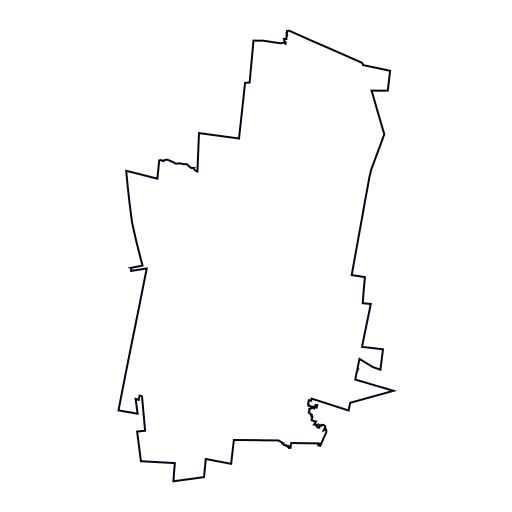 Cedral, San Luis Potosí, Mexico
{"feature_id": "50627088B34080095276274", "entity_name": "Cedral", "entity_type": "district", "adm_level": 2, "iso_a3": "MEX", "parent_name": "Mexico", "parent_adm1": "San Luis Potosí", "projection": "albers", "projection_center": [-100.648, 23.94], "detail": "fine", "context": "isolated", "style": "outline", "palette": "ink", "viewbox_px": 512, "rotation_deg": 0, "n_neighbors": 0, "source": "geoboundaries", "source_scale": "gbopen_adm2", "svg_char_len": 3668}
<svg xmlns="http://www.w3.org/2000/svg" viewBox="0 0 512 512"><path d="M308.4,39.3L289.2,30.7L287.0,31.0L287.1,32.6L286.9,33.0L286.7,32.8L286.4,33.4L286.9,34.0L287.0,34.1L286.8,34.9L287.2,35.5L286.9,35.9L286.5,35.9L286.4,39.0L283.9,38.9L284.6,41.7L285.8,42.3L285.5,43.8L283.9,42.6L281.2,43.2L279.9,43.2L263.3,40.7L253.4,40.6L252.9,47.2L249.6,82.6L245.1,82.8L239.0,138.5L199.0,133.1L197.4,171.5L196.4,171.2L195.3,170.3L194.1,169.3L193.8,168.5L194.1,167.9L191.5,168.0L190.6,167.5L189.0,166.3L188.0,165.4L187.3,164.4L186.5,164.1L185.6,164.2L182.9,164.1L181.5,163.7L179.7,163.3L178.2,163.5L175.8,163.7L175.3,163.5L173.7,162.4L167.7,159.8L166.0,159.8L164.5,160.1L164.3,160.2L164.1,160.7L163.9,160.9L163.6,161.1L163.0,161.1L162.6,160.9L161.6,160.2L161.1,160.1L160.4,160.2L159.8,160.4L159.2,160.4L157.4,178.7L126.2,170.8L127.7,186.4L129.4,201.8L132.0,222.3L136.5,242.2L142.5,265.6L130.7,267.9L131.3,268.2L131.3,268.9L131.2,269.9L131.1,270.9L146.7,268.5L144.5,279.7L140.5,299.8L139.1,307.0L136.0,322.0L135.9,322.8L131.3,345.3L128.3,360.4L124.2,381.1L120.8,398.3L120.1,402.2L118.5,410.4L137.6,413.7L135.6,398.9L138.6,399.9L139.6,395.6L142.0,396.3L145.1,430.7L137.1,431.6L138.1,439.1L140.9,461.2L174.8,463.1L174.4,468.5L173.9,474.6L173.6,478.8L173.4,481.3L204.0,477.1L205.8,459.0L215.1,460.8L217.6,461.3L220.6,461.8L229.9,463.6L231.2,463.8L231.9,456.8L232.2,454.3L232.3,453.6L232.3,453.4L232.5,451.8L233.9,440.0L260.9,440.2L261.1,440.3L276.3,440.4L278.0,440.5L278.6,440.5L282.1,442.6L282.2,443.4L282.9,443.4L283.5,443.4L283.5,444.6L284.3,445.0L285.1,445.1L285.8,445.1L285.8,445.3L285.8,445.8L287.5,445.8L288.1,445.8L287.9,446.7L287.9,446.8L288.7,446.8L289.1,446.8L289.0,447.4L289.0,447.9L290.5,447.9L290.7,446.9L291.2,443.0L291.7,443.0L292.9,443.0L294.6,443.0L295.3,443.0L296.3,443.1L318.4,443.4L318.3,445.3L319.9,445.1L319.8,446.6L320.8,444.6L320.6,444.5L320.4,444.5L320.4,444.1L320.0,444.1L320.1,443.7L320.8,443.6L321.0,444.1L321.5,442.9L322.6,440.6L323.9,437.3L324.3,436.7L324.9,435.4L326.2,432.6L326.3,430.5L326.2,430.5L325.8,429.1L324.4,429.8L323.8,430.2L324.3,428.9L324.5,428.8L325.0,427.7L325.2,426.5L325.1,426.1L325.0,425.9L324.2,425.4L323.9,425.2L323.7,425.1L321.8,424.8L321.4,425.7L319.9,425.2L319.3,427.7L317.3,427.3L317.7,424.7L315.9,425.5L315.2,424.8L316.3,424.6L314.1,424.5L314.6,423.9L316.0,421.5L313.0,420.8L311.6,420.3L312.1,417.8L311.1,417.5L312.2,417.6L312.4,416.6L311.4,416.1L311.8,414.9L310.5,414.5L310.5,414.4L310.6,413.9L309.6,413.0L308.8,412.6L309.3,411.4L309.1,410.8L309.3,408.8L310.5,408.8L310.7,408.2L311.9,407.9L312.0,407.7L314.1,408.5L314.4,407.2L316.6,407.7L317.3,405.1L315.0,404.7L316.5,405.6L315.6,406.9L314.6,406.4L314.3,407.1L312.2,406.7L310.0,406.0L308.8,405.8L308.5,405.8L308.5,404.7L308.0,404.4L308.4,402.7L308.9,400.2L311.1,400.7L311.5,399.3L311.6,398.6L348.6,410.5L350.2,402.8L393.5,390.8L369.9,383.9L369.3,383.7L366.3,382.8L365.8,382.7L363.7,382.0L362.8,381.8L361.8,381.5L355.3,379.6L356.7,372.1L356.8,371.6L357.6,370.1L358.1,369.1L357.4,368.9L359.5,358.9L372.7,367.0L380.4,369.7L382.4,354.1L382.5,353.2L383.0,349.3L364.9,347.2L364.6,347.2L362.0,346.9L363.8,337.9L364.0,336.8L366.1,327.0L366.5,324.8L366.8,323.6L367.0,322.3L367.2,321.5L367.6,319.6L368.0,317.6L370.8,304.0L362.7,303.2L364.1,286.0L364.3,283.7L364.4,282.8L364.9,277.1L360.7,276.5L359.1,276.2L355.2,275.6L354.4,275.5L351.7,275.1L353.7,264.0L361.4,221.4L363.3,211.1L363.2,211.1L369.5,176.7L371.2,169.8L371.2,169.6L377.7,152.2L378.4,150.2L382.5,139.2L383.6,136.0L384.3,134.3L379.4,117.6L379.0,116.2L376.9,109.1L375.1,102.7L373.5,97.2L371.6,90.6L387.8,90.7L390.1,70.8L363.1,65.1L362.3,63.0L356.8,60.5L328.9,48.2L308.4,39.3Z" fill="none" stroke="#020617" stroke-width="2"/></svg>